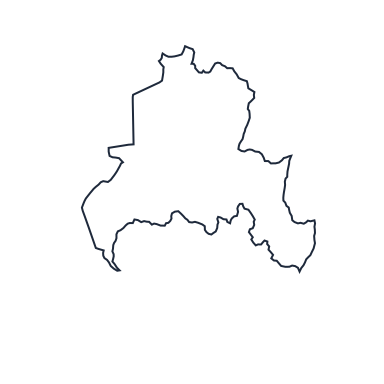 Piraí, Rio de Janeiro, Brazil (Natural Earth projection), rotated 323°
{"feature_id": "56859067B32133246810873", "entity_name": "Piraí", "entity_type": "district", "adm_level": 2, "iso_a3": "BRA", "parent_name": "Brazil", "parent_adm1": "Rio de Janeiro", "projection": "natural_earth1", "projection_center": [-43.898, -22.656], "detail": "fine", "context": "isolated", "style": "outline", "palette": "slate", "viewbox_px": 384, "rotation_deg": 323, "n_neighbors": 0, "source": "geoboundaries", "source_scale": "gbopen_adm2", "svg_char_len": 3796}
<svg xmlns="http://www.w3.org/2000/svg" viewBox="0 0 384 384"><g transform="rotate(323 192 192)"><path d="M203.5,78.9L201.9,80.4L199.2,84.0L174.0,118.8L169.7,116.0L152.0,106.6L149.7,109.7L147.9,113.6L149.4,116.4L151.8,118.6L154.1,121.1L154.7,126.7L152.5,126.5L150.1,127.8L147.8,128.8L144.7,130.2L142.8,130.9L139.8,131.9L137.6,132.5L134.4,133.4L130.9,133.4L127.6,129.9L125.0,129.3L121.8,129.9L118.2,130.0L115.2,130.3L113.2,130.8L110.1,131.5L106.3,132.5L103.3,133.3L100.8,134.5L98.7,135.7L94.7,138.2L93.4,141.3L91.7,146.9L87.9,159.0L81.5,178.8L83.0,181.1L86.3,185.5L84.3,187.2L82.8,189.5L82.3,192.1L83.3,195.1L83.3,198.3L82.6,202.2L83.4,206.1L84.9,209.9L87.0,211.0L86.5,207.3L86.8,202.8L86.6,199.6L88.7,198.0L90.7,196.3L92.0,194.5L92.7,191.5L94.7,189.8L97.2,187.0L99.1,185.8L101.6,185.0L103.9,183.4L106.2,180.3L109.1,178.8L111.9,179.5L115.5,179.5L118.9,178.8L121.6,178.6L123.6,179.3L126.0,181.2L129.5,179.3L131.9,181.9L133.3,185.5L136.2,186.4L138.1,188.6L139.8,190.0L140.3,193.9L142.7,194.4L144.5,196.4L146.7,199.9L150.0,202.5L152.5,201.3L154.6,202.4L157.3,202.0L159.6,200.9L160.9,198.8L163.2,197.0L166.5,197.4L169.5,199.1L170.2,202.9L170.6,206.1L170.8,209.1L171.6,211.4L171.6,214.3L173.7,216.4L176.4,217.6L178.4,220.3L180.7,224.1L181.6,227.0L179.5,230.0L179.4,232.7L180.1,235.4L181.9,237.6L184.5,237.6L187.2,237.8L190.5,235.9L192.7,233.4L194.8,232.1L196.0,228.7L197.9,227.6L199.5,229.6L200.7,232.6L203.0,234.7L202.2,237.2L203.6,239.9L205.8,238.0L207.8,237.1L211.0,236.8L213.5,238.1L216.8,235.6L218.3,232.5L220.1,231.2L223.0,230.3L225.2,231.8L224.3,234.2L223.9,236.9L226.4,240.1L226.3,244.2L226.0,248.0L225.5,251.8L223.4,252.9L221.9,255.7L218.7,257.5L215.8,256.6L213.3,258.3L213.3,261.7L213.3,264.7L210.8,265.6L210.5,269.3L210.8,273.0L213.2,273.6L215.6,275.5L218.3,274.8L220.7,274.4L222.4,276.9L220.7,278.8L220.9,281.9L218.4,284.1L218.7,287.1L218.9,291.0L215.4,292.7L216.2,296.0L218.3,297.9L218.5,301.6L218.7,304.7L221.6,308.0L224.8,310.3L227.7,311.0L229.8,313.3L231.0,316.3L230.0,320.3L233.5,318.5L237.0,317.6L239.9,316.2L242.7,314.5L245.7,314.0L248.5,313.7L251.5,312.1L255.1,310.3L257.6,308.3L259.4,306.9L260.9,304.0L263.1,300.6L265.5,298.8L267.5,295.9L268.9,293.4L271.4,291.1L272.7,288.3L269.0,286.7L267.3,284.6L264.9,284.9L262.2,284.6L260.1,281.9L257.7,280.8L255.8,277.7L255.1,274.9L257.2,271.1L257.6,267.5L258.7,265.0L259.9,262.6L259.1,259.9L260.1,256.6L259.8,253.9L261.5,251.5L263.4,249.4L265.4,247.4L268.3,244.7L270.6,242.4L272.4,239.6L274.8,237.6L277.2,237.2L278.5,235.5L280.7,233.0L284.0,230.1L286.5,227.9L288.4,225.7L290.6,224.3L293.1,222.8L291.1,221.9L288.3,221.2L285.7,220.1L282.9,220.8L279.2,220.8L276.0,219.4L272.2,216.6L271.6,213.3L268.8,211.1L269.9,207.8L270.5,203.9L269.6,200.3L266.8,197.7L265.3,194.5L263.7,192.8L261.7,191.8L258.4,191.3L256.2,189.0L254.9,185.6L257.3,183.3L259.1,182.0L261.7,181.0L264.2,180.2L266.2,178.6L268.3,176.7L270.6,175.4L272.8,173.5L276.4,171.7L279.9,169.5L282.8,167.5L285.0,164.3L286.5,161.7L286.5,159.3L288.3,157.5L290.8,155.3L293.0,155.1L295.3,154.8L298.3,154.3L299.8,151.7L302.0,149.7L300.7,146.3L299.4,143.1L300.5,140.9L301.6,138.8L302.5,136.5L300.5,133.7L299.1,131.5L297.9,129.1L298.5,124.9L298.4,121.0L298.9,117.7L297.0,116.0L294.6,114.3L294.0,111.4L292.4,108.8L292.1,106.1L290.4,104.2L287.8,103.3L284.4,104.6L281.3,105.8L279.1,106.8L277.1,106.6L274.5,104.5L274.1,101.9L271.6,102.7L269.5,100.6L269.3,97.4L269.1,95.0L270.5,93.1L270.5,90.6L268.8,89.3L272.0,87.3L274.4,85.1L275.9,83.5L277.8,81.9L278.5,78.3L276.6,75.6L275.4,73.5L274.2,71.4L272.2,72.8L269.7,74.4L266.5,75.9L262.9,74.6L259.7,73.2L257.1,71.7L254.6,69.8L253.1,67.1L251.9,63.7L250.1,65.0L248.6,66.7L246.5,67.5L244.4,67.5L244.2,70.8L244.6,75.2L242.9,76.8L241.1,79.2L238.6,81.7L236.8,83.4L235.1,85.0L231.9,84.9L227.7,84.0L203.5,78.9Z" fill="none" stroke="#1e293b" stroke-width="2"/></g></svg>